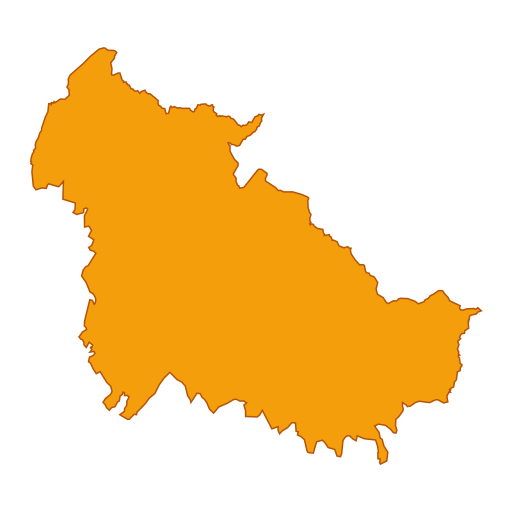 Ovejas, Sucre, Colombia
{"feature_id": "7082276B76166761689689", "entity_name": "Ovejas", "entity_type": "district", "adm_level": 2, "iso_a3": "COL", "parent_name": "Colombia", "parent_adm1": "Sucre", "projection": "natural_earth1", "projection_center": [-75.171, 9.561], "detail": "fine", "context": "isolated", "style": "filled", "palette": "amber", "viewbox_px": 512, "rotation_deg": 0, "n_neighbors": 0, "source": "geoboundaries", "source_scale": "gbopen_adm2", "svg_char_len": 5980}
<svg xmlns="http://www.w3.org/2000/svg" viewBox="0 0 512 512"><path d="M481.3,310.8L477.8,307.7L475.9,309.3L473.8,308.5L466.5,308.9L462.9,310.2L460.4,309.7L459.5,307.8L460.2,305.8L449.7,300.8L448.0,297.4L444.0,293.1L443.2,291.4L441.9,290.6L438.5,290.7L433.5,294.2L430.4,295.6L428.3,298.4L425.0,299.9L424.1,301.7L418.3,303.8L415.1,301.3L407.7,298.6L400.7,298.3L398.6,298.9L396.7,300.9L393.3,300.8L388.4,303.5L386.4,302.6L383.3,297.7L377.4,294.2L376.1,289.1L377.7,282.6L375.0,278.1L373.7,276.6L370.4,275.6L368.9,273.1L367.0,273.0L365.7,271.6L364.3,265.4L362.9,264.6L359.7,264.9L355.0,259.7L351.1,253.8L350.4,250.0L351.0,248.3L349.5,248.3L347.8,246.7L343.9,247.8L338.9,245.9L337.2,241.8L333.5,240.1L332.3,240.4L331.2,237.2L329.6,236.1L329.3,234.7L324.3,235.5L324.6,234.5L323.5,233.1L322.8,229.4L317.6,228.5L314.2,226.1L313.2,224.3L311.0,223.9L310.2,224.8L309.7,223.5L310.9,222.3L309.9,220.8L309.9,217.9L311.0,214.6L309.6,212.6L308.1,207.6L307.8,200.9L308.7,198.3L308.2,197.4L301.8,194.5L292.7,191.9L283.8,191.9L280.0,190.2L278.4,190.7L275.6,187.6L265.6,181.0L265.4,178.4L266.9,175.3L267.1,173.3L261.6,169.4L259.1,169.1L257.7,170.0L244.0,187.3L239.9,188.3L238.8,185.9L237.7,185.4L236.1,181.7L236.1,178.1L233.6,174.9L233.4,173.7L238.0,165.7L238.1,163.0L234.3,159.2L230.8,152.7L230.0,150.9L230.0,145.6L228.8,144.7L228.1,142.8L230.2,143.0L231.6,144.5L233.8,144.6L236.7,146.2L239.6,145.4L243.1,139.3L245.3,139.2L246.8,136.6L250.4,135.1L253.6,131.9L254.7,131.8L256.7,129.0L257.1,127.1L259.3,126.0L260.6,122.2L261.7,121.2L261.5,118.2L263.6,114.2L261.7,115.1L258.9,114.4L257.7,115.8L254.9,116.9L252.0,122.1L251.0,122.5L248.9,121.8L246.9,124.7L244.8,125.6L243.3,125.1L241.2,126.7L239.6,125.2L238.3,125.1L233.7,119.2L230.7,118.2L229.9,116.7L228.4,116.1L226.4,116.8L222.2,115.9L220.6,116.3L220.0,115.6L217.5,116.4L216.6,115.1L216.2,116.0L216.7,113.7L214.0,111.9L213.2,110.6L213.5,107.5L214.0,107.1L212.6,106.0L212.5,104.9L211.6,104.8L209.9,106.2L206.3,104.8L205.7,103.9L200.9,104.3L200.2,105.1L197.9,104.8L196.3,108.4L194.9,109.1L194.5,111.2L193.4,112.0L190.8,110.4L189.4,108.3L182.4,108.4L179.1,107.7L177.6,108.1L174.3,106.6L171.9,107.5L170.9,106.2L170.0,107.4L168.6,113.2L166.1,113.8L164.8,108.6L162.0,108.2L160.6,106.2L159.0,105.5L158.0,103.7L158.1,100.5L150.1,93.8L148.1,93.8L146.1,92.4L144.9,90.2L141.1,91.7L139.8,93.4L137.8,90.8L134.8,91.2L132.8,89.0L131.0,88.8L129.3,85.2L127.7,84.8L127.6,84.0L126.4,83.5L126.4,82.1L123.5,82.2L123.7,81.2L122.1,80.0L119.9,73.0L118.0,73.1L113.1,75.3L111.9,75.0L111.5,73.7L112.0,68.8L110.7,62.9L114.5,58.0L114.6,56.0L116.7,52.6L116.0,51.5L113.6,50.4L107.9,50.3L105.1,48.1L103.5,47.9L99.1,49.1L90.1,56.6L82.8,64.0L70.1,75.1L68.3,78.8L68.4,84.3L66.9,87.0L68.9,89.6L69.3,95.2L65.0,99.3L60.4,99.0L55.5,102.4L54.1,101.6L53.9,103.1L52.1,102.6L51.3,104.3L51.0,103.1L50.4,103.8L48.7,103.7L47.9,111.8L45.4,116.9L41.6,128.3L41.6,130.3L39.8,133.0L38.1,138.4L36.2,141.4L35.3,144.7L35.6,148.2L33.5,150.3L33.9,151.6L32.4,153.9L31.3,157.6L30.7,161.5L31.6,162.2L30.8,163.7L32.8,165.0L31.9,171.6L33.3,186.1L36.0,189.8L42.0,187.9L46.3,188.4L47.6,184.8L48.7,183.8L58.2,186.7L59.2,186.3L63.4,181.4L62.9,199.2L75.4,203.0L75.0,209.7L73.0,212.5L76.6,214.4L83.6,212.6L83.8,209.0L85.0,208.2L86.7,208.1L87.7,209.3L84.4,215.9L84.6,227.0L88.9,226.2L91.6,230.3L88.5,236.3L93.8,239.8L91.6,245.6L88.7,247.5L90.3,250.2L93.6,251.1L95.9,253.2L88.1,265.7L85.7,266.8L83.2,270.0L81.6,276.0L86.2,282.6L90.1,292.2L92.4,293.2L94.0,294.9L95.7,298.6L95.7,300.7L95.1,303.4L94.2,304.3L92.4,300.4L89.8,299.7L84.6,321.0L84.3,325.8L86.0,327.6L86.6,329.5L82.6,331.9L79.0,336.9L80.8,339.1L82.1,339.4L83.8,342.0L84.1,345.0L86.3,347.5L89.1,342.2L92.8,345.1L91.8,347.3L91.0,347.0L90.5,347.8L91.5,348.7L91.7,349.9L89.9,352.1L94.1,351.5L95.0,353.4L93.0,355.6L89.5,357.1L88.5,361.7L90.6,363.3L92.9,368.4L96.3,373.7L100.1,371.6L106.7,382.3L110.6,386.1L112.0,391.0L111.4,393.1L110.0,395.0L105.5,398.5L103.0,402.3L105.0,404.4L106.4,407.4L109.3,410.3L111.7,407.5L114.9,406.8L117.7,401.8L119.4,400.9L120.0,396.3L122.3,394.4L123.1,392.2L124.4,392.7L124.5,395.6L127.2,395.4L129.1,396.9L126.9,401.3L126.7,405.4L124.6,408.6L124.4,411.3L119.8,414.7L127.7,419.4L129.4,419.2L134.1,414.3L136.5,414.7L136.9,412.3L145.4,403.5L149.0,398.5L154.9,393.4L159.4,384.5L164.2,377.9L169.9,372.3L176.9,379.5L181.9,382.1L185.3,386.1L187.7,395.9L190.2,399.5L190.9,402.5L196.9,393.3L200.1,393.6L202.2,397.5L204.4,399.2L206.8,402.7L209.5,409.1L213.6,413.2L218.6,407.1L227.6,403.1L233.4,399.6L236.2,399.2L240.0,401.1L243.7,400.9L246.6,402.9L243.9,405.0L245.6,410.8L245.6,416.5L257.4,416.9L259.8,414.8L262.3,410.3L271.9,428.9L278.1,426.6L278.1,430.6L279.6,433.7L282.1,431.0L287.6,427.6L291.9,422.6L295.5,423.1L296.1,431.3L298.2,431.8L297.5,435.0L300.6,436.3L304.4,439.6L306.9,450.3L307.5,452.0L308.6,452.6L313.3,453.1L316.6,441.8L322.2,440.2L324.7,442.3L328.2,447.6L334.7,449.4L337.1,456.1L340.5,456.7L341.6,453.9L343.0,440.5L344.8,437.7L347.1,435.9L349.4,435.7L353.1,439.1L356.1,440.8L357.2,435.8L364.2,438.7L375.6,440.0L377.7,446.6L378.4,452.3L377.9,452.5L377.9,458.8L380.2,458.9L379.7,462.9L380.5,464.1L386.8,460.9L387.8,452.2L384.0,446.2L382.1,439.3L380.2,438.0L379.1,432.5L374.6,426.0L378.4,424.1L385.5,425.3L390.7,429.4L393.3,432.6L395.9,433.1L396.9,430.2L395.5,425.7L395.8,419.3L399.1,416.3L402.7,411.2L403.3,409.2L402.5,406.3L402.5,402.5L406.4,405.1L407.4,406.6L410.3,406.1L415.3,402.6L419.2,401.2L429.5,402.6L435.5,399.9L437.7,399.7L443.6,402.9L447.8,401.9L446.9,396.1L448.7,392.6L450.3,392.2L448.8,391.0L449.7,391.2L450.7,390.2L450.6,389.3L449.8,389.1L450.5,388.4L453.6,387.0L454.4,382.2L456.4,379.7L457.4,371.8L460.1,370.6L460.3,368.1L462.0,365.4L461.8,364.5L460.1,363.4L459.5,358.3L458.3,356.4L458.5,355.6L459.7,355.1L458.4,354.0L458.8,352.0L457.4,349.1L459.0,344.5L457.6,341.4L460.6,338.7L459.5,337.4L460.7,334.8L462.1,333.5L464.5,333.3L464.8,330.6L468.7,328.2L468.2,322.4L468.8,321.7L468.2,320.4L469.3,319.7L469.4,316.8L470.3,315.3L476.4,313.9L477.8,312.1L481.3,310.8Z" fill="#f59e0b" stroke="#b45309" stroke-width="1.5"/></svg>